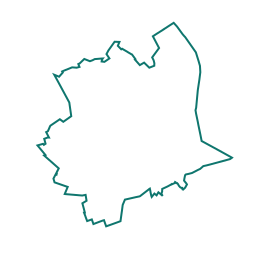 outline of Aramberri, Nuevo León, Mexico, rotated 344°
{"feature_id": "50627088B96452215703720", "entity_name": "Aramberri", "entity_type": "district", "adm_level": 2, "iso_a3": "MEX", "parent_name": "Mexico", "parent_adm1": "Nuevo León", "projection": "orthographic", "projection_center": [-99.903, 24.223], "detail": "fine", "context": "isolated", "style": "outline", "palette": "teal", "viewbox_px": 256, "rotation_deg": 344, "n_neighbors": 0, "source": "geoboundaries", "source_scale": "gbopen_adm2", "svg_char_len": 2759}
<svg xmlns="http://www.w3.org/2000/svg" viewBox="0 0 256 256"><g transform="rotate(344 128 128)"><path d="M138.9,41.4L130.5,48.1L127.7,51.0L129.3,56.0L123.6,57.9L121.0,56.8L121.4,56.0L121.8,55.2L122.1,55.1L122.2,54.9L122.2,54.6L122.5,54.4L122.8,54.2L121.9,54.0L121.5,53.9L115.0,52.6L112.6,53.1L109.8,53.3L105.0,49.6L100.3,52.1L99.9,52.3L99.4,52.6L98.7,52.7L97.9,52.8L97.9,53.4L98.0,54.2L98.2,55.9L96.1,55.9L94.9,55.8L94.8,55.7L91.0,54.3L84.7,55.0L84.0,55.0L83.5,55.1L82.5,55.2L81.7,55.3L80.3,55.5L80.6,56.7L78.9,57.8L78.7,57.9L78.4,58.1L75.9,59.7L71.8,56.5L73.5,64.0L78.6,87.3L76.7,101.0L72.4,102.5L67.5,104.2L64.9,100.8L57.0,103.4L54.0,104.4L52.8,105.7L52.8,105.8L50.1,109.0L48.2,109.4L49.4,115.4L48.1,115.0L44.5,115.3L44.4,120.4L42.5,121.0L42.0,119.8L36.2,119.8L41.2,131.2L39.8,131.3L50.3,147.7L49.5,148.6L49.0,149.1L48.5,149.6L48.3,149.9L48.2,149.9L46.6,151.7L47.0,152.1L46.7,152.6L46.4,153.1L45.8,152.5L42.4,156.1L42.4,159.1L42.4,160.0L52.2,166.9L53.8,168.0L49.0,174.0L49.9,174.4L65.4,180.3L68.8,180.6L68.1,186.5L63.4,187.8L63.3,193.7L63.2,197.4L62.4,197.3L62.7,200.7L62.8,202.6L63.1,206.2L68.0,205.9L68.3,210.8L74.2,210.3L78.4,210.0L79.5,210.0L79.7,213.7L79.8,214.6L79.9,216.5L80.2,216.5L83.3,216.3L88.0,216.0L90.9,215.8L91.0,215.8L92.5,215.7L95.1,215.5L98.9,206.9L99.1,206.5L101.7,200.5L105.3,196.0L115.9,196.6L116.0,196.6L120.2,196.9L120.4,196.9L120.9,196.8L130.7,192.9L131.0,192.8L131.3,192.6L132.3,192.3L132.1,195.1L132.0,195.4L131.7,199.4L131.8,200.8L135.3,198.3L136.2,199.6L136.9,200.6L139.5,198.2L142.6,202.8L142.0,200.3L143.3,198.5L143.6,197.5L144.1,196.0L149.9,195.1L153.5,194.3L154.1,194.1L154.1,194.3L157.7,193.8L158.4,192.9L158.8,193.3L159.3,194.4L160.0,194.5L160.6,195.7L160.7,196.3L161.0,197.6L161.3,198.2L161.8,199.3L162.8,200.3L163.6,200.5L163.5,202.0L164.0,202.4L166.5,201.1L169.1,198.5L168.8,197.4L168.4,196.4L167.7,194.8L167.4,194.0L168.3,192.1L169.3,190.2L169.9,189.1L170.8,188.6L173.4,188.8L177.1,188.9L180.2,188.3L183.6,187.6L186.1,187.2L189.9,185.4L191.6,185.5L193.3,185.6L196.7,185.7L217.0,186.0L217.5,186.0L219.6,185.3L219.8,185.2L212.2,177.6L202.8,168.3L195.2,160.8L195.7,154.9L196.5,144.3L196.8,141.2L197.4,133.0L197.6,131.2L197.8,129.5L199.1,127.3L205.6,110.7L209.9,101.3L212.9,94.3L214.3,88.1L214.3,84.1L214.3,83.3L214.3,83.2L214.1,74.0L208.0,56.3L207.4,55.2L206.3,52.8L206.2,52.5L203.1,44.0L200.9,39.5L194.6,41.4L192.4,42.1L192.1,42.2L189.6,42.9L189.6,43.0L183.1,44.9L181.7,45.3L177.2,46.7L179.9,59.7L170.7,66.8L171.3,70.0L171.2,73.0L170.4,75.4L165.1,75.9L161.5,69.6L156.7,70.8L156.6,70.6L154.7,66.6L153.5,64.1L154.1,63.8L152.1,58.4L151.4,57.9L151.2,57.6L148.8,55.1L148.5,54.7L148.2,54.4L146.2,52.3L146.0,52.1L144.2,50.2L143.2,50.5L140.9,46.2L143.5,42.9L138.9,41.4Z" fill="none" stroke="#0f766e" stroke-width="2"/></g></svg>